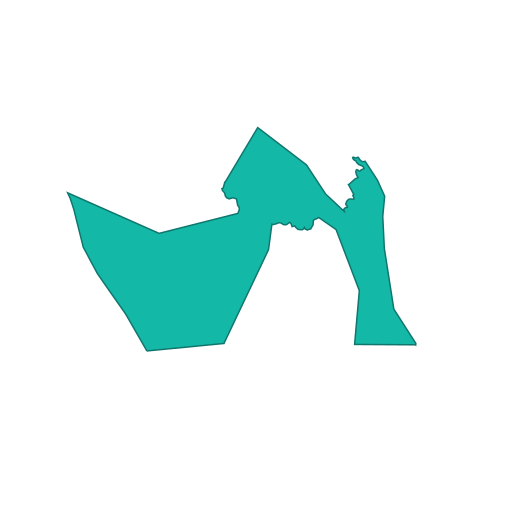 the district of Marc, Castries, Saint Lucia, rotated 138°
{"feature_id": "8701671B40300568900689", "entity_name": "Marc", "entity_type": "district", "adm_level": 2, "iso_a3": "LCA", "parent_name": "Saint Lucia", "parent_adm1": "Castries", "projection": "equal_earth", "projection_center": [-60.964, 13.958], "detail": "fine", "context": "isolated", "style": "filled", "palette": "teal", "viewbox_px": 512, "rotation_deg": 138, "n_neighbors": 0, "source": "geoboundaries", "source_scale": "gbopen_adm2", "svg_char_len": 1848}
<svg xmlns="http://www.w3.org/2000/svg" viewBox="0 0 512 512"><g transform="rotate(138 256 256)"><path d="M366.5,400.7L378.0,379.0L378.5,378.1L379.3,374.6L380.6,369.4L381.9,364.4L384.1,355.2L384.9,352.1L385.7,348.6L388.8,323.8L391.6,300.8L391.9,299.2L392.2,297.7L400.5,259.0L400.3,258.2L400.0,258.0L338.3,212.4L338.0,212.6L242.5,252.3L222.9,269.0L222.3,267.9L219.0,266.2L216.8,265.5L215.4,263.9L214.5,260.7L212.4,258.9L208.5,258.5L208.3,256.6L209.5,253.7L207.1,252.3L207.3,250.4L207.0,247.7L205.1,245.5L203.9,244.5L202.3,244.3L201.0,244.8L201.4,243.0L200.4,240.9L199.9,240.9L197.3,239.5L193.9,240.6L192.8,240.9L190.7,242.9L189.4,244.1L187.6,243.9L186.7,243.3L184.9,242.9L183.6,242.6L178.8,222.1L202.4,161.1L241.9,124.3L197.0,83.4L196.9,83.0L195.7,84.1L189.1,124.3L155.6,175.7L135.3,200.6L120.4,214.3L115.0,231.2L111.5,253.4L111.9,253.6L112.0,253.7L113.5,254.5L114.3,256.2L114.4,258.9L114.0,260.0L114.1,261.2L115.8,261.8L116.7,262.5L117.2,263.8L117.8,264.5L118.4,264.4L118.9,263.0L118.8,261.3L118.1,259.7L118.6,258.3L118.6,256.3L118.4,255.1L116.8,251.8L116.6,250.5L117.2,248.8L118.4,249.0L120.2,249.7L121.3,249.3L122.4,249.9L122.8,251.7L123.2,252.7L124.0,252.8L125.6,251.7L126.9,249.3L127.7,246.0L131.0,247.0L139.4,247.0L139.5,247.1L142.2,236.2L143.5,236.2L144.1,234.4L144.9,232.9L145.7,233.1L147.9,235.4L149.4,236.2L152.1,235.9L154.4,234.7L154.9,233.8L154.9,232.0L155.5,231.1L156.7,231.8L158.2,232.2L159.7,231.9L160.5,230.2L160.9,233.0L161.7,242.9L162.8,255.4L160.5,270.5L157.5,290.2L157.6,290.3L168.8,350.3L229.3,331.6L229.7,331.8L235.0,328.4L236.2,328.9L237.1,327.2L237.1,324.0L238.7,320.9L238.8,318.6L237.7,316.4L234.2,314.7L232.7,312.2L232.4,311.3L234.1,308.6L235.7,305.9L236.1,303.0L238.1,301.2L241.0,299.8L312.9,337.7L353.7,429.0L354.5,426.5L355.4,423.4L360.3,412.3L366.5,400.7Z" fill="#14b8a6" stroke="#0f766e" stroke-width="1.5"/></g></svg>